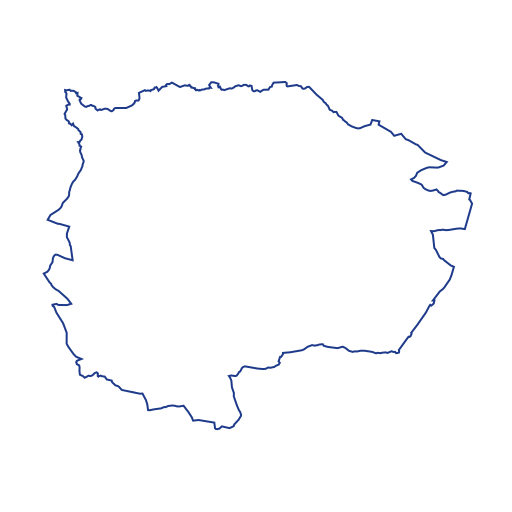 the district of Adaklu, Volta, Ghana, rotated 95°
{"feature_id": "2480657B20696154785284", "entity_name": "Adaklu", "entity_type": "district", "adm_level": 2, "iso_a3": "GHA", "parent_name": "Ghana", "parent_adm1": "Volta", "projection": "robinson", "projection_center": [0.49, 6.441], "detail": "fine", "context": "isolated", "style": "outline", "palette": "blue", "viewbox_px": 512, "rotation_deg": 95, "n_neighbors": 0, "source": "geoboundaries", "source_scale": "gbopen_adm2", "svg_char_len": 5982}
<svg xmlns="http://www.w3.org/2000/svg" viewBox="0 0 512 512"><g transform="rotate(95 256 256)"><path d="M284.8,74.4L284.9,75.9L275.3,69.8L272.6,66.9L271.0,65.7L262.5,60.9L257.7,59.5L249.5,57.9L248.5,61.1L243.7,68.4L242.7,69.2L242.3,71.7L241.1,73.1L234.1,77.4L232.4,79.1L219.5,81.6L215.9,83.8L215.8,80.9L214.3,76.7L214.0,73.8L213.5,72.6L213.7,68.7L213.1,65.5L211.3,58.5L210.7,54.8L211.0,50.3L185.0,45.3L181.4,47.8L181.1,48.5L174.9,47.6L174.7,48.5L175.0,50.0L173.8,51.1L173.3,53.6L173.1,55.8L173.4,61.8L174.2,62.7L174.6,64.7L175.8,68.1L178.2,72.1L178.9,74.0L178.9,75.1L176.9,78.3L176.5,79.5L175.4,80.3L174.0,82.0L175.6,86.1L176.0,88.2L175.8,89.7L174.7,93.0L173.5,95.0L170.6,97.1L170.3,97.6L169.1,100.9L167.5,106.9L166.2,108.2L164.4,105.3L162.1,103.6L159.1,102.7L156.1,98.9L153.4,93.8L152.5,91.1L152.2,83.5L151.9,81.9L149.6,77.0L145.7,74.2L144.3,80.4L138.2,96.5L131.2,104.7L130.9,106.3L127.3,114.2L126.6,117.0L121.6,122.0L124.2,128.8L120.6,132.3L114.5,145.3L111.1,144.8L110.4,152.1L115.1,153.4L117.1,158.9L119.5,163.3L120.0,165.3L119.8,167.3L118.6,171.8L116.8,175.8L114.9,177.4L114.4,178.7L113.3,180.0L112.7,181.2L110.9,182.2L109.1,186.0L105.5,188.4L105.6,190.3L106.0,191.2L104.6,192.9L103.9,195.3L100.1,197.4L98.9,199.1L97.8,199.8L96.6,201.8L94.6,203.2L90.0,209.7L82.9,217.8L83.1,219.7L84.8,221.7L85.3,223.2L85.1,224.3L83.0,226.0L82.8,228.3L82.1,230.2L84.3,239.3L84.1,240.0L83.5,240.4L81.2,240.4L80.1,242.0L81.8,253.6L84.4,254.8L85.8,255.0L86.6,256.9L89.2,258.1L89.7,262.9L90.9,264.7L92.1,266.0L90.8,269.1L91.0,270.2L92.0,271.6L92.0,272.9L91.1,274.1L86.9,275.3L86.7,277.1L87.4,277.5L87.7,278.4L86.4,280.6L86.6,283.1L87.9,284.9L88.1,286.2L87.4,288.1L88.7,291.4L90.1,292.8L91.3,294.8L91.2,296.7L93.5,302.1L93.1,303.7L93.4,304.5L92.9,305.4L90.7,306.5L91.2,307.1L91.2,308.0L90.6,308.0L89.8,308.7L89.0,308.2L87.7,308.4L86.7,313.0L86.8,315.7L89.7,317.6L92.3,315.7L92.2,317.0L93.2,317.4L93.5,320.1L94.6,322.2L94.9,324.3L96.0,326.3L95.6,326.8L96.1,327.6L95.6,328.7L96.1,330.2L95.4,330.5L95.2,331.4L94.2,331.4L93.8,335.0L93.3,335.0L92.9,335.9L91.9,336.4L92.1,337.7L91.6,337.8L92.4,338.8L92.2,341.8L94.3,346.5L90.6,354.9L92.4,357.5L92.2,358.6L92.7,360.0L93.5,360.5L94.6,360.1L95.7,364.2L99.8,367.5L97.0,369.2L96.4,370.0L97.0,370.6L97.1,371.7L98.7,372.2L99.9,375.0L100.7,375.4L100.3,375.9L100.7,376.6L100.5,378.3L101.1,380.2L100.5,381.2L103.7,386.8L108.9,385.8L110.4,386.1L111.4,386.7L111.5,388.7L112.0,389.9L113.5,390.2L113.9,390.6L114.7,390.6L115.8,391.9L116.6,392.4L119.9,398.2L120.8,408.8L121.5,410.1L123.0,410.7L124.4,412.3L124.3,413.2L122.4,416.8L122.4,419.4L124.0,422.9L123.9,423.8L123.5,424.1L123.6,424.6L124.8,426.5L123.2,428.7L121.5,429.1L120.6,431.1L120.6,432.3L119.9,433.1L120.0,433.9L121.1,435.6L121.2,436.5L122.3,438.2L121.9,439.7L119.5,443.4L116.3,445.3L115.4,445.3L115.1,444.2L113.9,443.7L111.9,448.0L109.1,448.0L109.5,449.3L108.7,449.4L107.4,452.0L107.4,454.0L107.7,454.9L106.6,456.2L107.5,459.4L107.3,460.6L109.3,460.3L109.7,459.6L110.9,458.9L114.5,459.0L118.0,457.0L120.5,454.9L121.4,454.8L121.6,456.3L122.9,458.1L126.3,456.9L131.2,459.1L132.3,458.3L135.7,457.8L137.0,456.5L137.9,454.6L139.2,453.8L139.9,454.0L140.4,453.6L140.4,452.5L141.8,451.0L140.1,449.8L142.5,448.6L143.3,446.8L145.0,444.2L146.1,443.8L147.8,441.6L149.6,441.3L149.9,440.1L152.3,439.4L155.5,440.1L156.2,441.1L157.6,441.5L158.0,443.2L160.1,441.6L161.4,441.5L162.3,439.7L164.4,440.3L165.5,440.2L166.1,440.6L168.1,440.0L170.6,438.5L173.1,437.8L176.1,436.0L177.3,435.9L179.8,436.7L181.2,436.6L185.6,438.0L189.7,440.3L192.1,441.0L195.9,442.9L197.9,444.6L200.3,445.7L203.5,446.7L208.9,447.7L211.4,447.5L213.2,447.9L215.7,449.5L220.0,453.1L223.6,454.0L225.4,455.1L227.3,456.8L233.0,464.3L238.1,466.7L241.2,456.2L241.1,454.7L243.0,444.6L250.0,446.3L253.6,446.1L258.9,442.8L261.4,442.3L262.2,441.5L276.2,438.3L274.9,446.0L272.1,454.0L272.1,455.8L273.2,457.0L274.6,457.7L275.9,458.1L279.9,458.2L283.5,460.2L286.4,460.5L288.2,461.3L289.9,462.5L292.0,465.9L300.2,459.4L301.8,457.5L302.8,457.2L304.7,455.4L306.6,452.7L308.0,449.6L315.0,440.2L319.7,435.9L321.4,440.2L322.0,448.7L321.1,450.5L322.3,454.5L323.4,454.2L324.4,452.6L329.8,449.9L339.8,442.3L349.0,437.9L359.9,437.0L363.0,434.9L369.5,429.3L372.0,426.5L373.8,420.9L376.0,425.3L377.6,425.9L378.8,425.1L379.4,425.0L380.4,422.6L382.6,422.0L385.7,421.9L389.6,421.1L390.7,418.0L392.2,416.0L389.8,412.3L390.1,410.4L389.0,408.4L386.7,406.5L385.8,404.6L386.7,403.3L389.3,403.2L389.9,402.5L389.3,401.9L388.7,400.2L389.2,399.1L389.3,396.2L392.0,393.9L392.7,388.9L394.3,388.3L397.1,384.8L397.6,382.3L398.4,380.9L400.6,378.7L401.2,377.6L403.3,359.6L402.9,357.1L409.3,353.0L413.2,351.4L418.9,350.1L419.0,348.9L417.7,344.4L416.0,337.1L414.6,334.6L414.4,332.8L413.1,330.5L412.2,326.2L412.3,323.5L412.7,321.9L412.6,319.4L411.5,315.1L417.5,309.6L422.3,305.9L425.5,304.3L424.4,299.0L425.6,283.0L431.2,281.8L431.8,280.9L431.9,279.8L431.1,277.3L428.7,275.2L429.8,267.4L427.5,263.4L425.6,262.9L420.7,259.1L416.5,257.0L415.5,257.0L412.6,258.3L411.2,259.5L406.5,262.0L400.0,264.9L397.7,265.9L394.4,266.1L389.0,268.5L382.3,269.7L379.6,271.1L377.9,272.5L377.2,270.4L377.4,266.0L376.9,264.9L374.8,263.5L373.2,262.9L372.4,261.7L368.6,260.1L367.7,259.1L366.9,257.4L368.0,244.6L368.0,239.3L367.6,236.7L366.0,234.0L366.1,232.0L364.9,228.1L363.7,226.7L362.1,223.8L360.3,223.0L359.0,224.3L354.4,223.2L354.3,222.2L351.7,220.7L350.2,220.7L348.9,213.4L345.9,202.1L344.9,200.1L341.9,196.6L339.9,192.4L340.2,189.4L339.7,188.3L339.6,187.0L338.8,185.6L338.2,182.8L338.1,181.8L339.5,180.7L340.3,176.7L340.7,166.8L338.8,161.7L339.8,159.0L342.4,155.0L343.1,151.2L342.4,149.5L342.3,146.9L341.3,143.8L340.9,139.7L341.4,131.9L342.5,127.9L341.9,126.8L341.9,123.1L341.3,121.8L340.7,118.4L341.1,116.6L339.1,112.7L339.6,110.8L339.4,109.0L340.5,108.1L340.4,106.7L339.7,105.2L338.2,105.1L337.2,105.5L325.5,98.5L323.1,97.0L323.2,95.9L322.3,95.0L319.7,94.2L319.0,94.7L310.7,89.4L297.5,81.8L291.1,79.1L289.5,78.2L290.2,77.2L288.9,75.7L287.7,74.8L284.8,74.4Z" fill="none" stroke="#1e3a8a" stroke-width="2"/></g></svg>